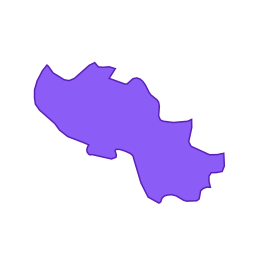 an SVG outline of Lecco, rotated 302°
{"feature_id": "ITA-5453", "entity_name": "Lecco", "entity_type": "Province", "adm_level": 1, "iso_a3": "ITA", "parent_name": "Italy", "parent_adm1": "", "projection": "robinson", "projection_center": [9.388, 45.907], "detail": "fine", "context": "isolated", "style": "filled", "palette": "violet", "viewbox_px": 256, "rotation_deg": 302, "n_neighbors": 0, "source": "natural_earth", "source_scale": "10m", "svg_char_len": 1197}
<svg xmlns="http://www.w3.org/2000/svg" viewBox="0 0 256 256"><g transform="rotate(302 128 128)"><path d="M171.6,85.8L160.1,85.7L163.7,102.4L165.0,103.9L172.5,106.1L175.1,108.9L175.9,112.3L175.3,116.0L173.8,119.7L169.3,127.1L168.2,129.8L167.2,137.7L166.2,140.2L163.0,143.1L154.6,147.5L152.0,151.1L152.4,154.2L156.7,163.6L165.4,175.1L169.0,177.4L162.2,181.8L148.6,186.7L145.9,191.1L148.5,211.3L152.8,217.9L157.3,222.6L146.9,229.8L141.1,230.9L137.1,226.7L134.1,222.2L130.0,222.2L125.6,225.0L121.4,229.3L119.5,226.1L116.5,223.8L113.2,222.9L105.6,225.9L102.8,224.9L97.1,216.6L96.2,213.5L96.0,204.9L94.7,200.6L92.2,197.1L89.5,194.8L86.4,194.0L82.6,194.9L80.7,194.0L80.1,181.6L88.3,168.1L107.1,146.8L107.6,143.3L106.9,137.8L105.5,132.4L103.6,129.2L101.8,129.1L98.9,132.5L96.8,133.3L93.0,130.4L86.6,112.1L86.0,111.1L85.5,110.5L85.0,109.8L85.0,108.5L86.0,106.0L88.1,104.4L90.7,103.7L92.9,103.7L92.0,97.7L88.8,81.5L89.9,71.2L93.0,63.5L96.3,43.5L99.2,36.8L104.2,32.6L110.9,28.5L120.1,25.9L123.6,25.7L131.2,25.1L138.4,25.9L138.1,27.8L135.0,35.3L135.1,48.3L137.0,53.0L141.7,56.3L160.6,61.9L165.8,65.1L164.1,70.6L166.4,74.9L169.9,79.5L171.6,85.8Z" fill="#8b5cf6" stroke="#5b21b6" stroke-width="1.5"/></g></svg>